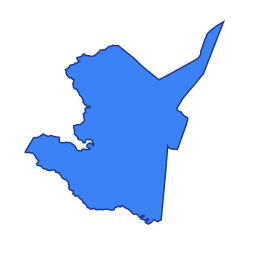 Monção, Maranhão, Brazil (Robinson projection), rotated 85°
{"feature_id": "56859067B17322500216026", "entity_name": "Monção", "entity_type": "district", "adm_level": 2, "iso_a3": "BRA", "parent_name": "Brazil", "parent_adm1": "Maranhão", "projection": "robinson", "projection_center": [-45.311, -3.479], "detail": "fine", "context": "isolated", "style": "filled", "palette": "blue", "viewbox_px": 256, "rotation_deg": 85, "n_neighbors": 0, "source": "geoboundaries", "source_scale": "gbopen_adm2", "svg_char_len": 4108}
<svg xmlns="http://www.w3.org/2000/svg" viewBox="0 0 256 256"><g transform="rotate(85 128 128)"><path d="M143.0,232.5L143.8,231.0L143.6,229.0L144.4,227.0L144.9,224.6L146.6,223.2L148.2,222.9L150.2,221.9L151.7,220.7L153.2,219.9L154.5,221.0L155.7,222.3L157.4,221.5L157.8,219.3L159.2,217.2L160.8,216.2L161.4,214.8L162.1,212.8L163.1,211.8L163.5,210.6L163.6,208.2L163.1,206.1L164.1,204.1L165.9,203.8L166.3,202.2L166.9,200.5L168.3,199.8L169.4,198.9L170.8,198.3L171.9,197.9L173.0,196.7L173.7,195.1L174.8,193.8L176.0,192.7L177.2,192.1L179.3,192.1L180.9,191.6L182.3,192.1L183.6,192.0L184.5,191.1L185.3,189.8L186.0,187.9L187.5,188.1L188.7,188.8L189.2,187.2L190.8,187.2L191.4,185.9L191.2,184.3L191.9,182.9L193.6,182.6L194.5,181.3L195.5,180.2L196.8,179.7L198.4,179.3L199.4,178.3L199.9,177.2L201.8,176.0L203.8,175.4L203.9,174.0L205.4,173.0L205.5,171.0L205.3,169.3L205.8,168.1L206.7,166.7L206.4,164.8L206.9,163.5L206.8,162.1L207.3,160.4L206.9,157.1L207.0,155.8L207.9,153.2L208.5,151.2L208.3,149.2L206.5,148.3L206.0,146.7L205.0,144.5L205.9,143.1L205.8,141.6L204.6,140.8L205.8,139.3L207.0,137.9L208.0,136.3L208.9,134.7L210.1,133.6L211.3,132.6L212.5,131.6L213.9,130.7L214.4,129.4L214.3,127.7L215.5,125.7L216.6,125.0L217.8,124.5L217.4,122.8L219.6,123.3L220.6,121.0L220.9,119.6L221.4,118.3L223.1,119.0L224.2,118.0L225.5,116.1L224.7,114.6L224.1,112.8L223.1,112.0L222.1,110.9L221.5,109.5L223.0,108.3L223.9,106.5L223.1,105.0L222.5,103.0L175.3,94.4L157.7,91.4L149.3,90.0L151.6,88.6L152.5,86.7L153.0,84.6L153.3,82.4L153.6,80.7L151.4,79.7L142.1,75.4L139.9,74.4L138.0,73.5L135.8,72.5L130.0,69.8L124.0,67.6L122.2,68.8L121.3,70.2L119.9,71.7L118.4,72.9L116.7,73.7L116.0,75.3L115.3,76.6L114.1,78.0L111.6,76.9L109.0,74.9L103.5,71.0L98.0,65.6L89.9,57.5L80.2,48.0L58.1,37.2L30.5,23.5L33.9,30.6L36.2,34.2L38.4,37.8L41.0,40.6L46.6,43.7L52.3,46.3L53.9,46.8L57.4,48.6L61.0,49.2L63.5,51.0L64.9,52.6L67.5,57.9L69.8,63.3L76.7,78.8L80.8,88.4L82.6,93.0L74.5,101.6L67.3,108.9L61.1,114.2L59.4,115.7L45.0,130.6L45.1,131.9L44.7,133.4L45.1,134.7L44.2,135.8L45.0,137.4L45.0,139.6L46.3,141.2L47.0,142.9L48.2,144.0L47.7,145.7L48.2,147.5L47.9,148.8L49.4,150.0L50.6,151.7L51.6,152.7L52.4,154.3L53.1,155.3L53.4,156.6L53.5,158.0L53.1,159.5L52.4,161.4L52.2,163.6L51.2,164.2L50.4,165.3L51.3,167.0L52.8,168.4L53.1,169.9L53.2,171.5L53.9,173.0L55.3,172.3L56.8,171.7L57.7,170.6L58.3,172.5L59.2,174.1L58.7,175.2L59.8,176.1L60.2,177.6L60.3,179.6L61.0,180.9L62.4,181.1L63.0,182.6L64.0,183.7L64.6,185.3L66.1,184.5L67.4,185.0L68.9,184.5L70.6,183.9L71.6,183.0L73.0,182.1L73.0,180.0L74.4,179.3L75.2,177.5L76.7,178.1L78.4,178.7L79.6,179.1L81.1,178.8L82.8,178.8L84.2,177.8L84.7,176.3L85.4,175.2L86.7,175.2L87.7,174.4L88.7,173.7L90.0,173.6L91.3,173.2L92.2,172.3L93.5,171.1L95.6,170.6L97.1,170.0L98.3,170.7L99.1,169.8L100.6,169.3L101.3,168.1L102.5,167.4L102.9,165.6L103.1,163.8L104.3,164.0L104.7,165.5L104.2,166.6L104.1,167.8L104.9,169.0L106.7,169.3L108.6,168.5L109.0,169.8L110.1,171.4L111.8,171.0L113.4,171.3L115.1,170.6L116.7,170.8L117.7,171.5L118.7,173.1L120.0,174.8L120.6,176.8L120.4,178.5L120.8,180.2L121.0,181.8L122.2,182.2L123.3,181.9L124.9,181.5L126.6,181.5L128.3,181.7L129.5,181.9L130.6,180.8L131.5,179.7L132.6,179.1L134.0,179.0L135.2,178.0L135.9,176.0L137.1,174.4L138.4,174.2L139.0,173.1L138.8,171.8L137.7,171.5L136.6,171.3L135.6,170.1L136.3,168.5L136.1,167.2L136.3,166.0L137.3,165.1L138.7,164.4L140.0,164.2L141.6,163.4L142.4,164.3L140.7,165.4L139.6,166.6L139.9,168.5L141.0,170.0L142.8,170.8L144.2,169.3L144.9,167.4L145.9,168.4L145.9,170.0L145.9,171.6L145.3,172.7L145.1,174.5L145.4,175.9L146.6,176.0L146.7,178.0L146.3,179.4L145.5,180.7L144.1,181.4L142.7,181.8L141.5,182.4L140.3,183.3L139.5,184.2L138.4,185.9L137.4,187.6L137.1,189.7L136.9,191.7L137.0,193.8L137.1,195.9L136.1,197.3L134.1,197.5L132.6,197.2L131.3,197.3L130.3,201.9L129.7,203.3L128.8,205.2L129.3,207.6L129.1,208.9L128.3,210.6L126.6,213.0L129.4,218.0L129.6,223.0L132.0,224.7L135.2,227.0L137.2,228.5L143.0,232.5ZM217.4,122.8L216.5,121.1L216.5,119.8L217.7,120.0L218.4,121.2L217.4,122.8ZM221.4,118.3L220.0,116.7L220.3,115.5L221.7,116.3L221.4,118.3Z" fill="#3b82f6" stroke="#1e3a8a" stroke-width="1.5"/></g></svg>